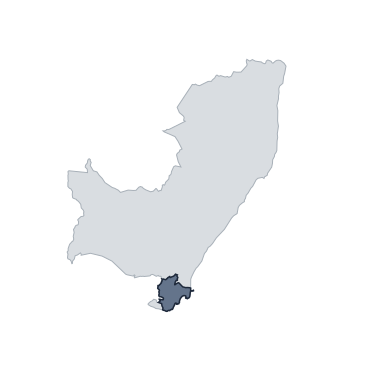 Piura on a map of Peru (Mercator projection), rotated 243°
{"feature_id": "PER-567", "entity_name": "Piura", "entity_type": "Department", "adm_level": 1, "iso_a3": "PER", "parent_name": "Peru", "parent_adm1": "", "projection": "mercator", "projection_center": [-80.245, -5.271], "detail": "fine", "context": "in_parent", "style": "filled", "palette": "slate", "viewbox_px": 384, "rotation_deg": 243, "n_neighbors": 0, "source": "natural_earth", "source_scale": "10m", "svg_char_len": 7161}
<svg xmlns="http://www.w3.org/2000/svg" viewBox="0 0 384 384"><g transform="rotate(243 192 192)"><path d="M268.3,114.6L268.2,115.6L267.0,116.1L265.9,115.4L264.2,115.6L261.7,113.3L255.7,113.7L253.1,116.4L249.1,116.9L244.8,118.2L239.9,118.7L232.2,123.0L230.5,124.7L227.0,127.2L224.1,128.1L222.7,135.9L220.0,140.4L218.9,142.9L220.4,146.7L220.3,148.5L218.8,150.0L217.5,150.2L214.9,151.8L211.0,155.2L210.3,157.9L211.5,161.4L211.1,161.8L207.8,162.4L207.9,164.4L207.3,165.1L210.0,167.9L211.5,168.6L211.6,169.3L211.4,170.0L210.7,170.3L210.7,170.9L212.7,173.0L214.1,177.2L217.0,179.2L217.0,180.6L217.9,181.9L219.4,182.9L222.8,187.1L222.9,189.0L219.3,193.5L225.2,193.5L231.8,195.0L232.7,195.7L233.5,197.8L233.6,199.1L234.9,200.1L234.8,202.6L243.5,202.6L249.1,202.0L258.2,194.5L259.6,193.9L258.8,195.5L258.7,196.7L259.2,198.0L258.2,199.8L258.1,218.1L259.7,217.1L261.9,218.8L263.4,218.9L268.4,216.8L274.2,217.2L287.7,241.1L286.5,242.8L286.6,244.0L284.9,245.1L283.3,247.0L283.2,256.6L281.8,259.5L282.6,261.0L283.3,264.0L284.6,265.9L284.9,267.1L284.7,267.5L282.9,268.5L282.7,270.3L279.4,273.7L278.8,276.1L277.5,276.8L277.3,279.5L280.3,283.7L278.4,286.3L276.6,290.1L279.6,298.1L280.9,299.2L282.2,299.2L284.2,299.9L285.3,301.1L282.8,302.6L282.4,303.2L282.6,305.9L279.9,307.8L276.3,312.9L275.3,313.2L273.5,314.7L273.2,315.4L273.5,316.2L275.0,317.7L275.2,319.5L272.6,321.8L270.7,322.0L270.0,322.7L270.8,325.8L270.8,327.2L270.2,328.9L268.9,330.6L265.0,332.5L261.5,332.9L255.4,328.2L253.6,326.3L247.6,322.3L246.6,318.2L244.6,316.2L241.0,314.7L238.1,312.5L235.9,311.5L230.5,306.9L225.5,305.4L216.4,300.5L211.4,298.9L205.1,294.4L201.7,293.1L198.9,291.0L190.6,286.5L189.3,285.1L188.0,282.8L186.2,281.5L184.1,278.5L181.0,276.7L178.0,274.3L174.4,267.9L172.7,266.5L172.6,263.6L171.4,262.3L173.1,261.3L174.3,256.9L173.7,254.6L169.5,248.6L168.6,246.1L165.6,241.5L164.5,238.8L162.0,236.7L161.0,235.0L159.6,234.3L159.5,232.2L158.6,228.2L157.2,226.1L152.3,222.4L151.9,218.3L150.8,215.4L144.0,203.9L140.1,192.9L136.7,186.8L135.4,183.2L135.3,181.3L132.8,178.1L131.5,175.1L126.0,169.4L122.8,163.0L122.3,161.2L120.1,157.7L116.6,153.1L114.9,151.3L104.3,145.7L99.3,142.3L98.7,140.5L98.9,139.5L100.0,138.6L101.5,139.3L102.5,139.0L103.2,137.8L103.2,135.9L102.3,133.4L98.9,128.8L99.8,126.6L96.3,121.2L97.1,115.9L97.9,114.6L103.0,109.3L104.5,107.0L106.7,105.6L108.9,103.4L111.6,101.8L112.4,102.3L113.2,105.2L113.1,107.1L113.8,109.2L112.0,111.1L109.9,110.7L109.1,111.2L108.8,112.1L109.2,113.6L109.7,114.2L111.2,114.2L109.2,117.0L109.3,117.6L110.7,118.1L112.1,117.4L113.6,115.8L114.4,115.5L119.6,118.3L122.0,118.0L123.9,119.2L124.1,121.2L126.7,125.1L130.5,126.1L131.2,125.8L132.0,124.3L132.9,124.1L133.1,121.9L136.4,119.6L136.9,118.0L136.4,116.9L136.5,116.0L138.5,110.9L139.1,110.3L139.7,108.7L140.4,107.7L141.6,101.9L142.5,101.9L143.4,103.3L144.4,102.9L143.8,101.7L144.0,101.2L147.7,96.6L148.9,95.6L166.8,89.3L175.7,82.8L183.5,73.7L186.0,64.5L186.9,65.1L188.4,64.9L187.9,61.2L188.2,59.4L188.2,58.9L185.7,56.7L184.7,54.3L182.6,52.9L182.7,52.4L185.0,52.9L187.0,52.6L188.8,51.1L190.1,51.3L193.0,53.3L195.2,53.5L195.9,55.0L198.0,56.1L201.0,59.3L202.3,62.7L202.2,63.4L203.6,65.2L206.5,66.1L209.4,68.6L212.4,69.4L213.7,71.7L214.5,72.4L214.9,73.7L214.5,75.3L214.9,76.1L217.1,77.5L219.0,77.5L219.4,78.2L220.5,82.0L219.8,83.9L220.1,85.0L222.6,85.9L223.3,86.7L225.3,86.9L228.1,86.1L231.6,87.3L234.2,86.8L235.5,86.5L236.7,85.7L237.8,85.7L240.5,83.3L241.3,83.1L244.2,84.2L246.7,85.8L249.7,85.5L251.0,84.5L253.2,83.9L257.1,85.9L258.0,86.9L259.1,87.1L263.3,89.1L264.1,89.9L266.4,90.7L266.8,91.4L266.7,92.1L256.7,107.7L259.8,109.0L262.7,108.2L264.2,109.3L265.3,111.8L267.5,113.5L268.3,114.6Z" fill="#d9dde1" stroke="#a8b0b8" stroke-width="1"/><path d="M108.8,112.0L108.8,112.3L108.8,112.5L109.1,112.8L109.2,113.0L109.1,113.5L109.4,114.3L110.0,114.3L110.6,114.1L111.3,114.1L111.2,114.4L109.1,117.1L109.1,117.3L109.2,117.6L109.4,117.8L110.1,118.2L110.4,118.3L110.6,118.3L110.9,118.1L111.5,117.8L112.7,116.9L112.9,116.7L113.0,116.4L113.2,115.9L113.3,115.7L113.6,115.5L113.8,115.4L114.4,115.4L114.5,115.5L114.8,115.6L115.1,115.6L115.3,115.7L115.6,116.0L116.1,116.5L116.4,116.7L116.8,116.9L117.2,117.0L117.6,117.0L118.0,117.1L118.4,117.5L118.7,117.9L119.1,118.3L119.6,118.4L120.6,118.1L121.2,117.8L121.7,117.7L122.1,117.9L122.9,118.7L123.0,118.7L123.2,118.9L123.3,118.9L123.7,118.9L124.0,119.1L124.1,119.3L124.0,119.5L123.7,120.1L123.7,120.4L124.1,121.1L124.3,122.0L124.7,122.7L124.7,123.0L124.9,123.3L125.1,123.6L125.4,123.7L125.7,123.9L125.8,124.0L125.9,124.3L125.9,124.5L126.1,124.6L126.4,124.7L126.5,124.8L126.7,125.1L126.9,125.4L127.1,125.6L127.4,125.7L128.1,125.7L127.7,126.1L127.6,126.3L127.6,126.7L127.5,126.9L127.4,126.9L127.2,127.0L126.7,127.7L126.6,127.9L126.3,128.2L125.9,128.6L125.8,128.8L125.8,129.0L126.1,129.9L126.2,130.1L126.2,130.4L126.1,130.8L126.2,131.0L126.3,131.1L126.6,131.3L126.8,133.5L126.8,133.8L126.5,133.8L126.4,133.8L126.2,133.7L125.8,133.8L125.7,133.8L125.5,134.3L125.5,134.5L125.6,135.0L125.6,135.4L125.5,136.3L125.3,137.3L125.3,137.5L125.6,138.1L125.6,138.3L125.6,138.7L125.7,138.8L125.7,139.0L125.8,139.0L126.1,139.4L126.3,140.0L126.1,140.2L126.0,140.3L125.8,140.4L125.6,140.5L125.1,141.1L124.8,141.3L124.6,140.8L124.4,140.7L123.7,140.4L123.3,140.4L123.0,140.5L122.6,140.6L122.2,140.5L122.0,140.4L121.9,140.3L121.7,139.9L121.6,139.7L121.3,139.4L121.1,139.3L120.9,139.2L120.5,139.2L120.2,139.1L120.0,138.9L120.0,138.7L120.0,138.4L120.2,138.1L120.3,138.0L120.3,137.9L120.4,137.7L120.2,137.4L120.0,137.1L119.9,137.0L119.8,136.8L119.7,136.6L119.5,136.3L119.3,136.1L118.4,135.4L117.8,134.8L117.4,134.6L117.2,134.6L117.1,135.0L117.4,136.4L117.4,138.0L117.4,138.5L117.2,138.8L116.6,139.2L111.9,140.6L111.7,140.7L111.6,140.8L109.7,142.9L109.5,143.3L109.4,143.5L109.2,144.1L109.1,144.3L107.9,146.3L107.3,146.9L107.0,147.2L105.5,146.4L104.6,146.0L103.6,145.1L102.5,144.3L101.2,143.5L99.9,142.5L99.4,141.9L99.1,141.1L99.2,140.5L99.2,139.8L99.1,139.6L99.5,139.4L99.5,139.1L100.0,139.0L100.1,138.6L100.1,138.4L100.3,138.2L100.5,138.2L100.8,138.7L101.3,138.9L101.8,139.1L102.3,139.2L102.9,138.6L103.5,137.5L103.6,136.1L103.2,134.9L102.4,133.3L102.0,132.8L100.6,131.4L100.3,131.1L100.0,131.0L99.8,131.0L99.4,130.8L99.1,130.3L98.7,129.8L98.4,129.4L98.5,129.2L98.8,129.0L98.9,128.7L98.7,128.4L98.7,128.2L99.0,128.1L98.9,127.9L98.8,127.6L99.0,127.3L99.5,127.2L99.7,127.5L100.2,127.4L100.4,127.1L100.5,126.6L100.1,125.8L99.6,125.3L99.2,125.0L98.8,124.4L98.5,124.0L98.0,123.3L96.8,122.0L96.3,121.3L96.4,121.1L96.6,121.0L96.8,120.8L96.8,120.5L96.6,120.2L96.8,119.4L96.8,119.2L96.7,118.9L96.5,118.6L96.4,118.3L96.5,118.1L96.7,117.9L96.8,117.8L97.0,117.6L97.2,117.1L97.2,116.7L97.0,115.9L97.0,115.6L97.2,115.2L97.4,114.9L97.6,114.7L98.9,113.8L99.3,113.4L99.5,112.9L99.7,112.7L100.0,112.6L100.3,112.5L100.5,112.4L101.5,113.3L101.8,113.4L102.5,113.6L103.7,113.5L104.2,113.6L104.7,113.7L106.1,114.2L106.3,114.3L106.5,114.2L106.9,113.7L108.8,112.0L108.8,112.0ZM103.8,147.2L103.7,147.3L103.6,147.6L103.7,147.8L103.8,147.9L103.8,148.1L103.8,148.4L103.8,148.7L103.7,148.7L103.4,148.5L103.5,148.4L103.4,148.1L103.4,147.9L103.5,147.7L103.6,147.1L103.8,147.2Z" fill="#64748b" stroke="#1e293b" stroke-width="1.5"/></g></svg>